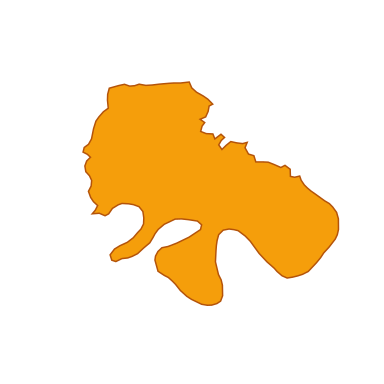 Cruzeiro do Iguaçu, Paraná, Brazil (Mercator projection), rotated 144°
{"feature_id": "56859067B4540369409073", "entity_name": "Cruzeiro do Iguaçu", "entity_type": "district", "adm_level": 2, "iso_a3": "BRA", "parent_name": "Brazil", "parent_adm1": "Paraná", "projection": "mercator", "projection_center": [-53.122, -25.597], "detail": "fine", "context": "isolated", "style": "filled", "palette": "amber", "viewbox_px": 384, "rotation_deg": 144, "n_neighbors": 0, "source": "geoboundaries", "source_scale": "gbopen_adm2", "svg_char_len": 2243}
<svg xmlns="http://www.w3.org/2000/svg" viewBox="0 0 384 384"><g transform="rotate(144 192 192)"><path d="M129.6,282.6L137.2,286.9L142.4,290.7L146.8,293.5L155.1,298.5L161.4,302.0L166.7,305.4L171.4,310.3L175.9,311.7L180.2,314.3L183.3,318.8L188.5,321.1L197.9,324.6L202.8,320.6L206.4,316.0L210.5,309.0L216.5,309.0L223.1,307.5L228.1,305.8L234.4,301.1L242.1,294.0L247.7,291.4L253.0,291.4L256.7,288.3L254.5,284.0L253.7,279.8L259.0,279.0L263.4,276.0L266.0,270.8L265.4,265.4L266.4,260.3L270.1,256.1L275.4,253.4L277.2,247.1L277.4,242.1L276.3,236.5L281.0,234.1L285.5,233.0L279.5,229.3L276.3,223.9L272.3,223.3L266.0,225.5L259.2,225.0L255.4,223.9L250.2,219.7L246.8,216.2L243.5,211.3L243.2,205.1L246.2,199.4L250.0,194.6L255.1,192.0L259.9,191.1L266.4,189.5L273.9,189.3L281.8,190.9L288.2,191.4L295.2,189.3L297.0,184.0L294.5,180.5L287.8,179.3L282.7,176.4L278.3,175.1L272.3,174.1L264.1,175.1L256.0,175.7L250.3,178.1L246.4,180.0L241.3,181.6L233.4,182.2L221.6,180.0L216.3,176.4L210.9,171.5L204.7,165.3L203.5,159.8L207.2,156.6L221.0,157.2L234.4,159.6L243.4,162.0L249.1,164.6L254.5,163.9L259.2,161.6L262.0,158.7L266.1,147.8L263.4,140.7L261.4,136.8L260.3,131.7L259.6,127.0L259.3,119.1L257.5,110.6L255.6,105.6L250.2,95.5L246.2,91.4L242.5,88.9L237.4,87.1L233.0,86.9L228.2,90.1L222.2,98.7L220.1,103.7L219.1,109.7L214.1,121.7L207.2,130.3L203.8,134.3L200.2,138.0L195.5,141.8L189.2,142.8L183.8,140.3L180.2,136.9L177.4,133.6L174.8,125.0L173.8,117.9L173.8,102.8L172.4,91.4L170.3,82.1L169.9,77.7L168.4,71.3L165.6,66.5L160.7,64.0L155.8,62.0L150.9,60.4L144.6,59.4L133.0,61.6L126.5,63.3L121.2,65.3L113.7,66.8L103.8,69.7L99.6,72.0L95.5,75.6L89.3,84.3L87.0,90.5L87.0,97.2L87.7,101.9L89.9,107.0L93.4,117.7L95.2,122.9L96.3,127.4L97.0,131.7L96.8,137.3L95.5,141.6L100.3,143.6L103.2,146.8L99.2,152.7L101.1,158.9L105.7,159.6L109.2,165.6L112.8,171.3L116.9,174.6L122.7,178.8L120.6,185.0L124.0,189.5L123.1,196.6L118.2,199.7L122.6,201.4L127.0,205.5L131.0,210.0L136.8,209.7L142.8,208.8L142.7,214.4L138.0,216.5L133.6,217.0L134.6,221.7L142.3,221.5L141.0,226.7L146.2,230.9L149.4,235.9L145.1,239.4L140.9,240.7L142.7,246.1L136.8,244.7L131.6,247.7L127.6,251.5L123.6,250.9L124.6,257.7L126.5,263.1L129.7,270.1L131.0,276.4L129.6,282.6Z" fill="#f59e0b" stroke="#b45309" stroke-width="1.5"/></g></svg>